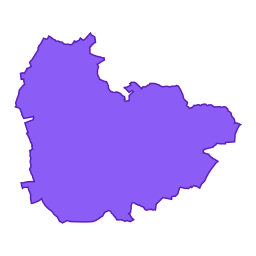 Lopadea Noua, Alba, Romania
{"feature_id": "2599482B252986267254", "entity_name": "Lopadea Noua", "entity_type": "district", "adm_level": 2, "iso_a3": "ROU", "parent_name": "Romania", "parent_adm1": "Alba", "projection": "equal_earth", "projection_center": [23.856, 46.282], "detail": "fine", "context": "isolated", "style": "filled", "palette": "violet", "viewbox_px": 256, "rotation_deg": 0, "n_neighbors": 0, "source": "geoboundaries", "source_scale": "gbopen_adm2", "svg_char_len": 5693}
<svg xmlns="http://www.w3.org/2000/svg" viewBox="0 0 256 256"><path d="M62.4,222.9L67.2,220.6L70.6,221.6L84.1,221.9L89.9,221.8L92.7,221.5L94.5,221.0L96.2,220.2L98.4,218.9L101.4,216.7L102.3,216.4L102.8,215.7L104.7,212.2L105.3,212.1L108.4,210.6L110.4,211.2L111.1,212.1L111.5,213.2L112.9,214.2L113.6,215.5L115.7,217.8L116.8,219.8L119.6,219.9L120.0,219.7L120.9,219.8L123.4,220.5L125.0,221.3L126.8,220.6L130.2,221.6L133.7,219.7L132.0,218.1L130.3,215.5L130.1,214.7L128.5,213.8L128.7,213.3L130.2,213.0L130.6,212.2L130.8,209.8L131.1,208.6L131.1,206.2L131.3,205.1L132.1,202.9L133.9,202.6L136.3,204.2L138.3,205.1L139.3,204.9L139.6,205.3L140.1,205.5L141.6,206.6L143.2,206.7L145.0,209.5L146.3,210.1L146.8,209.8L147.6,209.9L148.1,209.7L149.0,209.5L151.6,209.5L151.7,209.3L152.7,210.0L155.0,209.6L155.4,209.8L156.2,204.2L162.9,197.6L171.7,199.3L171.8,198.9L171.5,197.8L171.8,197.0L172.3,196.5L172.7,196.3L175.3,196.3L175.9,195.6L177.1,194.7L177.4,194.1L178.1,193.2L178.1,192.5L178.5,191.0L178.8,190.2L179.1,189.8L179.2,188.6L180.2,187.2L185.3,188.4L186.5,188.2L188.3,188.6L191.0,186.6L191.7,187.5L193.6,185.6L197.1,186.6L199.7,188.1L200.9,185.3L201.8,183.8L203.8,181.9L204.6,180.9L205.7,178.9L206.1,177.7L208.0,174.2L210.8,169.7L212.6,167.4L215.1,164.0L216.1,162.8L217.5,161.6L218.5,161.6L217.2,160.9L214.5,159.2L212.4,158.2L212.3,157.7L210.7,156.8L210.3,156.3L208.9,154.9L208.8,154.3L208.1,154.2L203.2,152.6L203.6,150.1L203.5,149.8L206.8,148.6L213.1,147.1L214.1,145.7L215.8,144.9L216.7,143.3L220.7,143.8L225.4,143.8L225.5,142.5L234.6,141.8L235.0,136.3L234.9,135.3L235.3,134.0L237.6,128.4L239.3,125.6L240.6,124.6L237.0,123.0L234.8,123.2L234.5,123.1L235.1,122.4L234.1,119.0L232.6,117.1L232.1,116.7L231.6,115.9L231.5,115.4L231.4,114.1L231.1,113.3L230.8,112.8L230.2,112.2L229.2,111.5L228.2,111.1L227.8,109.1L227.4,108.7L226.5,108.1L226.4,107.5L225.5,107.0L224.9,107.0L224.2,106.7L220.8,107.4L220.2,106.6L218.8,106.9L217.2,106.8L214.0,107.0L213.5,106.7L212.6,105.7L211.0,104.8L210.6,105.0L208.8,104.9L207.3,105.7L205.6,104.3L205.2,104.1L204.3,104.1L201.7,104.7L201.4,104.9L200.7,105.6L199.7,105.4L199.1,104.8L198.4,104.7L197.6,104.8L196.5,105.3L195.1,105.4L194.2,105.3L193.7,106.0L192.3,107.1L192.0,107.6L190.5,107.9L189.3,108.5L189.1,107.8L188.2,106.8L187.4,106.5L186.9,106.1L186.6,105.3L187.5,102.7L187.0,101.9L186.6,101.7L186.2,101.4L185.6,100.6L184.3,99.5L184.0,99.1L183.2,96.9L182.7,94.4L181.7,92.5L180.6,89.8L178.4,86.3L177.6,85.8L177.0,85.6L176.4,85.5L175.5,86.0L174.6,86.2L171.3,86.3L170.5,86.8L170.0,87.0L169.4,86.9L168.0,86.4L167.2,86.3L164.7,86.5L162.9,86.9L160.6,86.1L159.2,85.0L156.0,84.0L155.9,83.8L153.6,83.4L150.7,83.4L149.9,83.5L149.8,84.1L149.4,84.7L148.7,85.1L147.8,85.2L145.4,87.0L144.2,86.8L143.1,86.8L141.9,87.7L142.2,88.2L141.5,88.8L139.6,86.6L135.7,82.9L133.9,82.3L131.0,82.4L130.5,83.4L129.8,83.6L130.8,85.2L126.6,87.3L125.6,87.5L124.6,87.3L124.3,87.4L124.2,87.7L126.1,89.1L127.5,90.8L129.0,92.4L129.3,92.4L130.6,91.3L131.7,90.6L133.0,91.2L133.5,91.7L131.2,93.5L129.2,95.6L129.1,96.1L129.2,97.3L129.1,100.6L125.2,101.3L124.1,99.6L124.3,99.4L125.0,99.2L124.6,97.0L124.4,96.6L123.8,96.3L123.3,96.2L122.3,95.4L121.6,94.8L120.8,93.8L118.3,92.4L116.2,92.0L115.3,92.4L113.1,92.4L111.7,91.6L111.2,91.8L109.8,90.5L109.5,89.9L108.4,88.3L108.5,86.6L108.3,85.9L107.1,82.8L106.3,81.6L104.5,81.4L102.3,80.5L100.3,79.5L99.7,79.5L99.0,77.5L98.4,76.8L97.9,75.4L97.5,73.8L97.4,73.0L97.5,70.2L97.6,69.4L98.6,66.7L97.8,65.7L97.7,65.2L97.2,64.3L97.3,64.2L97.7,64.2L98.8,63.5L101.9,61.3L103.3,60.7L104.3,60.1L104.4,59.7L104.0,58.6L104.0,57.9L102.8,57.9L102.0,57.8L100.7,57.1L99.5,56.8L97.0,56.4L95.4,55.7L93.2,55.1L91.9,54.3L90.1,53.6L89.9,52.0L90.0,49.7L89.8,48.7L89.6,47.6L89.7,47.4L90.0,47.3L90.3,47.1L90.7,46.3L91.6,45.8L91.7,45.2L91.9,45.0L93.3,43.9L93.9,43.1L95.5,42.4L95.3,41.2L95.2,39.3L94.9,38.1L94.9,37.3L93.9,36.3L92.4,35.6L91.5,34.9L90.4,33.1L85.3,38.9L83.3,40.3L80.4,38.0L79.7,39.1L79.8,39.3L79.6,39.7L78.8,40.4L77.3,41.0L76.4,41.9L75.9,42.1L75.2,42.0L75.1,41.9L75.2,41.4L74.8,41.3L74.5,40.9L74.4,40.9L74.3,41.3L73.4,42.5L73.4,42.8L73.0,43.1L71.8,44.5L71.4,44.6L70.8,44.7L68.6,44.3L66.4,44.3L65.3,44.2L63.6,43.8L63.3,43.3L62.5,42.9L62.4,42.5L62.1,42.2L60.1,41.9L58.0,41.0L56.1,41.2L55.8,41.1L54.8,39.7L54.3,39.8L52.1,38.4L51.8,37.8L49.7,36.5L48.7,36.1L48.3,37.2L47.5,38.7L46.8,39.1L45.7,39.0L43.7,38.2L40.6,44.0L38.8,46.0L38.5,47.2L38.0,47.9L38.1,48.8L38.4,49.4L37.2,51.4L32.5,58.9L31.7,60.0L30.5,61.1L29.7,62.3L29.6,62.7L29.9,63.1L31.2,66.5L29.7,67.2L29.5,67.5L28.3,68.1L26.9,68.4L26.2,70.5L25.5,71.2L24.6,73.2L22.5,72.8L21.1,73.2L20.5,73.5L21.2,79.4L23.7,79.1L23.6,79.7L24.5,84.6L23.1,85.4L19.3,90.1L18.6,94.6L17.3,98.0L16.3,101.2L15.7,102.6L16.3,105.9L15.4,106.8L19.4,108.2L19.9,108.7L21.7,113.1L21.7,114.4L23.8,118.4L32.3,116.9L33.5,116.4L33.5,118.1L33.0,119.8L24.9,122.9L27.6,131.3L28.1,132.5L26.6,133.2L27.4,134.7L27.6,134.6L28.9,137.6L29.1,137.5L30.8,142.5L31.1,142.4L32.4,145.8L31.8,146.0L32.6,149.1L32.0,149.1L31.7,149.3L31.2,149.8L30.6,150.8L30.4,150.9L29.8,150.7L30.1,151.8L30.1,152.7L30.3,153.9L30.1,155.3L30.1,155.7L30.2,156.5L30.7,157.5L30.8,158.1L30.7,159.0L30.3,160.3L30.2,162.3L30.9,164.4L30.9,165.3L30.8,167.1L29.8,168.5L29.7,169.2L29.8,170.1L30.4,170.9L30.9,172.3L30.9,172.9L32.7,176.3L32.8,177.6L34.1,180.7L34.4,181.7L32.9,181.6L31.8,181.5L30.7,181.7L28.9,181.6L26.9,181.9L25.1,182.4L22.9,182.8L21.2,182.8L21.3,183.3L21.7,185.6L22.5,188.3L23.7,187.4L28.0,187.2L28.9,190.4L29.8,192.3L30.5,194.4L30.7,196.3L30.5,197.7L31.4,203.4L32.9,203.2L37.8,201.3L39.8,200.2L40.9,199.3L41.6,198.5L42.4,200.7L43.3,202.5L45.7,206.2L48.9,209.1L51.7,211.2L52.5,212.0L53.8,214.0L54.7,214.9L57.4,217.1L59.6,221.4L60.9,221.9L62.4,222.9Z" fill="#8b5cf6" stroke="#5b21b6" stroke-width="1.5"/></svg>